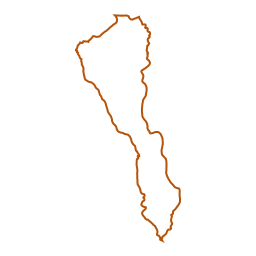 outline of Bagre, Pará, Brazil
{"feature_id": "56859067B6820333786751", "entity_name": "Bagre", "entity_type": "district", "adm_level": 2, "iso_a3": "BRA", "parent_name": "Brazil", "parent_adm1": "Pará", "projection": "natural_earth1", "projection_center": [-50.178, -2.484], "detail": "fine", "context": "isolated", "style": "outline", "palette": "amber", "viewbox_px": 256, "rotation_deg": 0, "n_neighbors": 0, "source": "geoboundaries", "source_scale": "gbopen_adm2", "svg_char_len": 5798}
<svg xmlns="http://www.w3.org/2000/svg" viewBox="0 0 256 256"><path d="M121.6,15.5L121.2,15.7L119.2,15.6L118.4,15.5L116.0,15.5L114.9,15.4L115.7,16.3L116.4,17.3L117.0,19.1L117.1,20.1L117.0,20.8L116.6,22.2L116.2,22.7L114.6,24.0L113.8,24.3L113.2,24.8L111.6,26.3L110.6,26.9L109.2,28.3L107.0,30.3L105.8,31.2L104.9,31.7L104.5,32.0L104.1,32.3L102.0,34.0L99.9,36.1L99.2,36.5L97.0,36.9L96.1,36.9L95.0,36.4L93.4,36.2L92.8,36.3L92.3,37.3L91.7,37.9L90.9,38.9L90.4,39.3L90.1,39.6L89.5,40.2L89.0,40.4L88.6,41.0L88.4,41.8L87.5,41.4L86.2,41.6L85.3,41.4L83.5,41.2L83.2,41.5L82.9,42.6L82.5,42.8L81.6,43.0L80.6,42.6L80.2,42.5L80.1,43.1L79.8,43.6L79.3,43.9L78.7,44.7L77.9,45.3L77.7,45.8L77.5,46.8L77.0,48.5L76.7,49.0L76.0,49.6L76.0,50.4L76.7,50.5L77.2,51.0L77.0,51.7L77.0,52.3L77.5,52.6L78.0,52.8L78.1,53.9L78.2,54.4L78.6,55.1L79.3,55.8L79.4,56.3L79.8,57.5L80.1,57.9L80.3,58.4L80.9,59.0L81.4,59.1L81.4,60.0L81.2,61.1L81.3,61.7L81.7,62.4L81.8,63.0L81.8,64.2L81.9,64.8L82.5,65.9L82.8,66.4L83.2,67.2L83.5,68.5L83.4,70.5L83.3,71.3L83.5,72.0L83.6,73.2L83.7,73.7L83.8,74.2L84.1,75.2L84.2,76.0L84.4,76.6L84.8,78.4L85.0,78.9L85.4,79.7L87.3,80.9L88.3,81.6L89.6,82.0L90.1,82.0L91.7,82.6L93.3,83.8L93.8,84.2L94.8,85.5L95.3,86.7L95.8,87.5L96.3,88.2L98.1,89.6L98.7,90.5L98.8,91.1L99.4,92.9L99.7,94.2L100.0,94.9L101.2,96.3L101.9,98.6L102.2,99.1L102.6,99.5L103.9,100.4L104.7,101.5L105.4,102.7L105.7,103.6L106.1,105.1L106.8,107.7L107.5,109.8L107.8,111.4L108.5,112.9L110.6,115.8L111.3,117.2L111.5,118.1L111.9,119.0L112.1,121.1L112.5,122.0L112.9,122.8L113.3,123.5L114.5,124.8L115.2,125.3L116.1,126.6L117.0,129.8L117.7,130.7L118.4,131.6L118.9,131.9L121.1,132.7L121.7,132.7L122.2,132.9L122.9,133.0L123.4,133.1L123.9,133.6L124.4,133.9L127.3,134.5L128.5,135.1L129.0,135.6L129.8,136.5L130.5,137.8L130.8,138.5L131.3,140.0L131.6,141.6L131.9,142.3L133.1,144.2L133.6,144.7L134.7,145.6L135.0,146.1L135.4,147.3L135.7,149.7L136.0,150.5L136.4,151.0L137.2,151.6L137.3,152.2L137.7,153.0L138.7,154.3L139.0,154.8L139.2,156.0L137.8,156.1L137.8,156.7L138.2,157.3L138.4,157.8L138.1,158.6L137.2,158.8L136.9,159.3L136.7,160.7L136.6,164.3L136.7,165.8L137.0,167.5L137.3,169.2L137.4,170.4L137.4,171.4L137.2,172.2L137.2,173.6L137.2,175.0L137.3,176.1L137.2,177.9L137.5,180.4L137.4,181.1L137.5,181.9L137.5,182.9L137.7,184.4L137.9,184.9L138.5,185.7L139.1,186.7L140.1,188.9L140.4,189.8L140.5,191.0L140.7,191.8L141.0,192.4L141.3,193.0L142.1,193.7L144.1,194.2L144.5,194.6L144.6,195.2L144.4,196.6L144.1,196.8L143.5,197.1L143.4,197.8L144.1,198.5L144.4,199.1L144.4,199.8L144.3,200.4L143.7,200.9L142.5,201.5L142.1,202.5L141.5,203.9L141.4,205.0L141.9,205.7L142.5,206.1L143.2,206.5L144.2,207.0L145.7,207.2L145.9,207.8L145.7,208.7L145.3,209.1L144.5,209.9L143.4,210.8L142.9,211.4L142.1,212.7L142.1,213.7L142.9,215.4L144.6,217.3L145.7,219.0L146.8,219.6L148.0,219.7L149.0,220.8L150.5,221.9L152.2,223.5L153.6,225.0L155.0,226.0L155.9,227.8L157.0,229.7L157.5,231.9L157.1,233.7L157.0,234.8L157.9,235.5L158.7,235.6L159.2,236.0L159.5,236.6L160.3,237.7L160.1,239.4L160.4,239.9L160.8,240.1L161.5,240.2L162.2,240.6L161.6,239.5L162.0,238.5L162.3,237.8L162.4,236.9L163.3,236.0L164.0,235.7L164.5,235.1L165.7,234.2L166.2,233.6L166.6,232.5L167.4,230.7L167.9,229.9L168.8,229.5L170.0,229.6L170.9,228.8L171.1,228.1L170.6,227.1L170.8,226.0L172.0,224.4L172.2,223.5L171.9,222.7L171.5,222.5L171.4,221.9L171.2,221.1L171.0,220.0L171.4,218.5L171.9,216.2L171.3,215.4L171.3,214.8L171.8,214.5L172.5,214.3L173.0,213.4L173.1,212.9L173.0,211.4L174.6,209.8L175.1,209.5L175.6,208.7L176.5,207.7L176.7,207.2L178.3,205.2L179.6,202.8L179.8,202.2L180.0,201.7L179.9,200.3L180.0,199.6L180.0,198.1L179.8,197.5L179.6,195.6L179.6,192.8L179.7,191.8L179.7,190.8L179.6,190.0L179.1,188.6L176.8,188.0L175.9,187.6L175.0,187.2L174.3,186.6L174.0,186.0L173.3,185.2L170.8,182.6L170.3,181.9L169.5,180.5L168.5,179.0L167.2,176.3L166.6,174.6L166.3,173.6L166.2,172.2L166.4,170.5L166.4,169.2L166.5,165.3L166.4,161.3L166.1,159.9L165.8,158.8L165.2,158.2L164.4,157.2L162.6,155.4L162.1,154.7L161.7,153.1L161.7,152.1L161.5,150.8L161.7,149.5L162.5,145.5L162.8,144.2L162.8,143.1L162.5,138.3L162.2,137.5L161.6,136.3L161.3,135.3L160.4,133.8L159.0,132.5L157.9,132.0L155.8,132.0L155.2,132.1L153.5,132.8L152.8,133.1L151.0,133.4L150.2,133.3L149.6,132.5L149.5,131.4L149.2,131.0L148.6,130.7L147.5,128.5L147.4,127.2L147.6,126.7L147.5,126.1L147.3,124.6L147.1,124.1L146.9,123.3L146.0,121.5L144.5,119.8L143.0,117.7L142.6,116.8L142.3,115.8L142.3,114.9L142.1,112.9L141.9,110.5L142.0,108.3L142.4,103.9L142.8,102.0L142.9,100.8L143.1,100.2L143.6,99.1L144.9,97.2L145.6,96.0L145.9,95.3L146.0,93.7L146.5,91.6L146.6,90.6L146.6,88.9L146.6,87.9L146.4,87.0L145.6,84.9L145.3,84.4L144.0,83.1L143.4,82.7L142.5,81.7L142.3,81.1L142.4,79.8L143.1,78.0L143.3,77.0L143.4,75.7L142.9,74.4L141.8,72.7L141.5,72.1L141.3,71.5L141.5,70.8L142.6,69.9L143.1,69.7L144.0,69.1L144.7,68.7L148.5,65.7L149.3,64.7L149.6,64.2L149.9,63.5L149.9,62.5L149.1,60.7L147.2,59.2L147.2,58.6L146.9,58.1L147.2,57.4L147.5,56.8L147.6,56.2L147.5,55.7L147.7,55.2L147.7,54.7L147.5,54.3L147.6,53.7L148.0,53.3L147.9,52.8L147.4,52.8L147.5,52.3L147.2,51.5L146.7,50.9L146.8,50.3L146.7,49.5L147.0,48.6L147.2,46.1L147.5,45.4L148.1,45.4L149.2,43.3L148.4,42.3L148.1,41.4L147.9,41.0L147.7,40.2L147.8,39.0L148.0,38.5L148.6,38.3L149.7,36.9L149.7,36.3L149.1,35.8L149.1,35.3L149.7,34.8L150.0,34.3L150.1,33.6L150.0,33.0L149.8,32.4L149.4,32.0L148.5,31.9L147.9,31.4L147.5,30.7L147.6,30.2L147.8,29.4L147.7,28.7L147.3,28.1L146.8,28.0L146.2,28.2L145.6,28.1L145.2,27.5L145.7,26.2L145.7,25.3L145.4,24.6L144.8,24.4L143.9,24.4L143.3,24.5L142.5,24.5L142.2,24.1L142.0,23.0L141.5,21.6L139.6,18.7L139.2,17.6L139.1,16.9L134.5,18.7L132.4,19.6L131.5,19.5L131.0,19.4L130.3,18.9L129.8,18.5L129.3,17.9L129.1,17.5L128.7,16.4L128.0,15.9L126.8,15.6L125.5,15.5L122.5,15.7L122.1,15.7L121.6,15.5Z" fill="none" stroke="#b45309" stroke-width="2"/></svg>